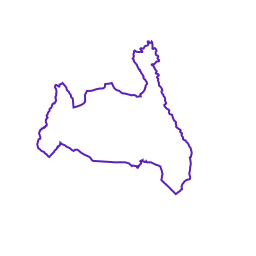 Las Naves, Bolivar, Ecuador (Equal Earth projection), rotated 135°
{"feature_id": "8360857B91548183775904", "entity_name": "Las Naves", "entity_type": "district", "adm_level": 2, "iso_a3": "ECU", "parent_name": "Ecuador", "parent_adm1": "Bolivar", "projection": "equal_earth", "projection_center": [-79.297, -1.282], "detail": "fine", "context": "isolated", "style": "outline", "palette": "violet", "viewbox_px": 256, "rotation_deg": 135, "n_neighbors": 0, "source": "geoboundaries", "source_scale": "gbopen_adm2", "svg_char_len": 5778}
<svg xmlns="http://www.w3.org/2000/svg" viewBox="0 0 256 256"><g transform="rotate(135 128 128)"><path d="M154.4,203.3L155.1,202.3L155.8,201.7L157.3,201.4L157.6,200.7L158.1,200.4L159.3,198.4L159.6,198.1L160.7,197.8L161.7,197.9L162.4,197.3L162.7,197.4L163.4,198.0L164.4,198.3L165.5,197.8L166.9,197.0L167.8,196.6L168.5,196.6L169.2,196.9L170.1,196.8L171.4,195.6L171.8,195.5L173.1,195.6L174.0,195.3L175.0,194.6L176.5,194.5L177.4,193.2L177.3,192.4L177.7,192.2L178.5,192.3L179.2,191.9L180.2,192.0L181.9,190.2L182.8,188.1L183.8,187.2L184.1,187.2L184.6,187.7L185.9,187.3L186.2,187.8L186.6,188.0L186.9,187.9L187.3,187.5L187.6,187.5L188.3,188.1L189.1,188.1L189.5,188.7L190.5,188.3L191.7,188.6L192.0,188.2L193.6,187.8L194.8,187.0L194.9,186.7L195.5,185.4L196.5,183.5L197.4,182.7L197.7,182.5L198.5,183.1L199.1,183.1L200.5,182.6L201.2,182.0L203.6,180.7L204.1,180.1L205.8,177.0L205.4,175.7L205.4,173.0L204.5,170.8L204.3,170.1L204.4,169.7L204.7,168.8L204.2,167.2L204.3,165.9L204.5,165.0L204.3,163.7L204.2,163.2L197.4,163.4L195.4,163.9L193.4,163.6L192.4,164.1L191.4,163.9L191.1,164.5L190.8,164.7L189.2,164.0L188.7,164.0L188.0,164.2L187.7,164.6L186.6,165.0L186.2,165.4L186.1,163.3L185.1,161.1L184.8,159.9L184.7,158.5L184.0,156.3L183.4,155.0L183.3,152.2L182.6,150.2L180.5,149.9L179.9,149.3L179.0,148.1L178.6,143.7L178.2,141.8L177.6,139.8L175.8,135.0L175.7,134.1L175.7,133.3L176.2,130.8L176.1,130.1L176.0,129.5L175.6,129.0L163.3,115.1L163.0,114.6L159.6,111.0L158.2,109.8L157.0,108.4L156.3,107.9L154.5,105.9L153.5,104.5L152.5,102.5L152.3,101.6L152.2,98.3L151.6,98.3L151.1,98.0L150.7,97.6L150.3,96.7L149.2,95.4L149.2,94.7L149.5,93.7L149.3,93.0L149.0,92.9L148.7,93.0L147.8,93.9L147.2,93.3L145.9,93.8L144.9,93.6L143.9,93.7L143.5,94.0L143.3,94.3L142.6,94.7L142.8,95.8L142.6,95.9L141.3,95.4L141.8,95.3L141.9,94.8L140.6,93.6L140.4,92.9L140.5,92.4L139.9,92.0L139.5,91.4L138.6,91.7L138.8,90.5L138.6,90.0L138.2,89.5L136.6,88.2L136.2,87.7L135.3,85.5L134.0,81.7L133.5,81.1L132.7,79.2L132.4,77.6L133.0,76.8L134.4,73.7L135.3,72.7L136.0,71.2L136.6,70.6L137.4,70.4L138.1,70.0L138.6,69.3L140.9,67.9L141.2,67.5L141.2,65.4L140.9,57.1L141.0,54.7L140.9,51.1L141.0,47.5L138.4,47.1L137.6,47.2L136.8,46.8L135.7,46.7L134.1,46.9L133.3,46.5L132.8,46.8L132.0,48.1L131.4,48.9L129.1,49.8L126.1,50.2L124.5,50.1L123.0,49.7L122.5,49.5L121.5,48.6L120.1,48.2L118.7,49.4L118.0,50.6L117.4,51.8L116.7,52.7L116.2,52.9L113.8,54.5L111.8,56.3L109.8,57.6L108.9,58.3L106.3,61.6L105.6,62.9L105.3,63.3L104.8,63.3L104.6,63.4L104.3,63.2L103.9,63.1L103.0,63.8L101.3,64.7L100.6,65.3L99.5,66.8L99.3,67.4L97.9,69.5L97.7,71.4L96.7,73.9L96.5,74.9L96.5,76.0L96.2,78.6L96.4,79.1L96.6,79.2L96.8,79.6L97.0,81.0L96.9,81.4L95.7,82.4L95.6,84.1L95.4,84.8L95.0,85.3L93.9,85.8L93.6,86.1L93.6,86.8L94.0,87.7L93.9,88.1L93.7,88.6L93.3,88.8L92.5,89.0L92.3,89.2L92.3,89.7L92.7,91.1L93.2,94.6L93.0,95.0L92.2,95.5L91.9,95.8L91.6,96.5L91.1,97.4L90.2,97.9L90.0,98.2L90.0,98.5L90.0,100.9L89.9,101.3L89.0,103.6L88.2,105.0L87.5,106.1L87.6,106.6L88.2,107.4L88.6,108.1L88.7,108.4L88.6,109.0L88.3,109.5L87.8,110.3L87.4,110.6L86.5,111.1L86.3,111.5L86.3,112.0L86.3,112.3L86.9,114.1L86.9,115.7L86.7,117.8L86.3,118.4L86.0,118.7L85.7,118.7L85.1,118.5L84.3,118.3L83.6,118.4L83.4,118.6L82.8,120.5L82.2,121.4L81.6,121.8L80.6,123.2L80.4,123.8L80.2,124.4L80.3,125.0L80.2,125.5L79.6,126.4L79.5,128.0L79.1,129.2L78.7,130.0L78.1,130.4L77.0,130.4L76.8,130.9L76.3,132.0L75.9,133.8L76.0,135.4L76.0,135.9L75.7,136.5L74.7,137.7L74.2,138.0L73.5,139.8L73.2,140.4L72.9,140.7L72.1,141.1L71.9,141.4L71.8,143.1L71.6,143.4L70.9,143.6L69.3,143.4L68.9,143.6L68.8,143.8L68.6,144.1L68.7,144.8L69.1,145.6L69.6,146.5L69.6,147.0L69.3,147.4L67.8,147.6L67.5,148.1L67.3,150.4L66.1,153.9L66.1,154.2L66.6,155.5L66.5,156.0L66.1,156.1L65.7,155.9L64.6,154.8L64.2,154.6L61.6,154.7L61.0,154.8L60.6,154.7L59.4,153.6L59.0,153.4L58.7,153.4L58.2,153.8L58.0,154.5L58.1,155.7L57.8,156.4L57.4,156.7L56.4,156.9L55.9,157.3L55.8,158.1L56.4,159.4L56.4,160.3L55.1,161.9L54.5,162.2L53.4,162.3L52.9,162.9L52.7,163.4L52.5,164.6L52.5,165.1L52.7,165.7L53.1,165.9L54.1,165.9L54.5,166.3L54.6,166.8L54.2,167.3L52.7,168.6L52.1,169.2L50.5,171.3L50.2,172.0L50.2,172.4L50.9,172.0L51.6,172.0L52.2,172.6L52.5,173.3L52.2,174.7L52.6,175.1L52.9,175.2L53.8,174.0L54.4,172.8L55.9,172.5L56.7,173.0L57.7,173.8L58.5,173.8L60.9,173.2L61.4,173.7L62.5,175.3L63.2,175.3L63.5,175.0L63.6,172.7L63.7,172.1L63.9,171.8L64.3,171.7L64.6,171.9L65.0,172.7L66.4,173.8L67.8,175.5L68.3,176.5L68.5,178.0L69.5,178.0L70.5,177.1L72.3,176.1L72.8,175.0L73.7,174.2L75.6,173.8L75.6,172.3L76.1,171.9L76.7,170.8L77.1,166.1L77.4,165.8L78.6,162.7L78.7,161.8L78.5,160.7L78.6,160.4L79.1,160.3L79.2,160.0L79.3,158.4L79.8,157.4L79.9,155.6L80.4,154.6L80.4,154.0L80.7,153.2L81.1,153.1L81.6,152.5L81.9,151.9L81.7,149.9L82.1,148.7L82.2,147.5L83.2,145.9L83.5,145.7L85.5,145.5L86.0,145.2L86.6,144.5L87.9,144.2L88.9,143.2L89.5,143.3L91.1,142.8L94.3,142.8L94.5,143.1L94.8,143.2L95.4,143.2L95.9,142.7L96.6,141.4L97.5,142.3L98.9,143.2L99.5,143.7L99.6,144.1L99.6,145.1L100.0,146.5L101.2,147.8L102.3,148.5L105.8,154.6L106.9,155.7L107.4,156.5L107.7,157.8L107.9,159.6L108.1,161.0L108.8,161.9L109.4,163.4L109.5,165.2L109.4,166.5L107.7,171.1L107.7,171.4L108.5,171.6L113.1,175.2L115.2,173.5L115.8,173.3L117.2,173.5L117.6,173.6L120.0,175.8L121.4,176.8L123.9,178.3L127.1,179.9L128.2,180.7L130.8,183.2L135.0,181.8L135.7,181.3L137.8,178.8L139.1,177.5L139.7,177.0L140.7,176.8L142.5,176.8L145.1,177.5L148.9,179.3L152.0,181.0L146.3,187.8L146.3,190.3L145.2,191.6L145.0,192.4L144.9,193.7L144.3,195.4L144.4,198.2L143.2,199.8L142.8,201.5L142.5,206.1L143.6,206.1L145.5,207.1L146.1,206.8L146.8,206.0L147.3,205.8L147.6,206.1L147.8,206.9L148.2,208.8L148.3,209.2L148.7,209.5L149.4,209.4L150.7,208.6L151.0,208.1L151.3,206.5L152.9,204.2L153.3,203.8L154.4,203.3Z" fill="none" stroke="#5b21b6" stroke-width="2"/></g></svg>